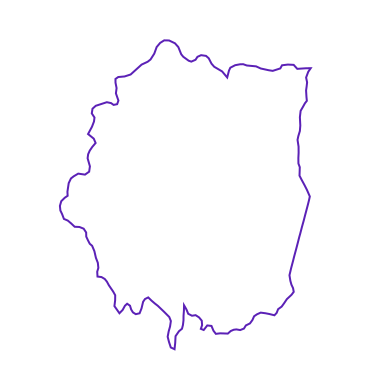 Mucurici, Espírito Santo, Brazil, rotated 353°
{"feature_id": "56859067B59979261152966", "entity_name": "Mucurici", "entity_type": "district", "adm_level": 2, "iso_a3": "BRA", "parent_name": "Brazil", "parent_adm1": "Espírito Santo", "projection": "equal_earth", "projection_center": [-40.52, -18.016], "detail": "fine", "context": "isolated", "style": "outline", "palette": "violet", "viewbox_px": 384, "rotation_deg": 353, "n_neighbors": 0, "source": "geoboundaries", "source_scale": "gbopen_adm2", "svg_char_len": 2684}
<svg xmlns="http://www.w3.org/2000/svg" viewBox="0 0 384 384"><g transform="rotate(353 192 192)"><path d="M59.2,189.7L59.1,194.3L60.4,198.2L61.6,203.1L65.2,205.2L68.5,208.8L71.3,212.2L76.0,213.0L80.0,215.2L82.0,219.3L81.6,223.4L82.9,227.4L84.2,230.9L86.3,233.2L87.9,238.8L88.6,245.6L89.9,250.8L89.8,255.9L88.2,259.6L87.9,264.4L91.8,265.4L94.8,267.7L96.6,270.6L98.1,274.4L101.6,281.2L103.2,285.1L102.5,290.2L101.1,295.8L105.2,303.5L108.8,300.6L111.6,296.7L114.0,295.0L116.6,297.3L117.3,301.2L118.7,304.3L121.3,306.4L125.2,306.0L127.7,301.4L130.1,295.0L132.3,292.5L135.7,291.3L138.5,294.8L141.5,298.1L144.2,300.8L149.6,307.4L154.2,313.3L155.3,317.5L153.8,322.9L151.9,327.4L150.2,332.7L150.9,338.1L152.0,343.7L155.5,345.9L156.9,339.9L158.1,333.1L162.1,328.6L165.4,326.5L166.8,322.9L167.9,318.4L168.5,313.9L169.5,308.9L170.3,303.5L172.2,308.0L173.4,312.4L176.9,314.8L180.6,314.7L183.7,317.3L186.0,320.9L185.8,325.4L184.1,328.9L186.8,330.4L190.9,326.3L195.0,327.3L196.4,332.3L198.4,335.7L202.7,335.7L206.6,336.3L210.3,336.9L213.5,334.7L216.6,333.8L219.3,333.8L223.0,334.9L226.9,333.9L229.2,331.0L233.5,329.5L236.4,326.4L238.5,322.9L241.6,321.3L245.5,320.1L250.1,321.3L253.8,322.5L258.8,324.4L261.3,322.3L263.2,318.8L267.0,316.7L269.8,313.7L273.1,309.9L278.2,306.2L280.8,303.5L280.6,299.8L279.4,296.1L278.8,292.1L278.6,286.5L281.1,279.7L284.1,272.2L285.4,268.8L288.6,260.9L290.9,255.1L293.0,249.7L294.3,246.6L296.9,240.0L299.4,234.0L301.2,229.4L305.6,218.4L307.2,214.2L308.4,210.8L306.3,203.8L304.4,198.6L302.2,193.0L300.7,188.9L301.4,184.4L302.0,180.5L301.1,176.7L301.7,171.3L302.6,166.1L303.3,159.9L303.1,153.1L304.3,149.6L306.5,144.6L307.6,139.2L308.2,130.9L309.7,124.7L312.5,121.0L314.9,117.7L317.1,115.5L317.2,111.5L317.6,105.1L318.7,101.0L319.6,97.2L319.2,92.3L322.0,86.9L324.9,83.6L320.5,83.1L311.5,82.6L308.4,78.2L302.7,77.2L296.8,77.2L294.7,80.1L286.9,81.6L283.0,80.5L275.3,77.8L270.9,75.1L261.8,73.1L258.4,71.4L255.2,71.1L250.3,71.4L245.2,73.3L243.5,76.0L240.9,82.6L236.6,76.0L229.3,70.4L227.0,67.0L224.9,61.3L222.5,58.6L217.7,57.3L213.9,58.5L211.6,61.2L207.2,62.5L204.7,61.3L199.8,56.7L198.1,54.0L196.1,46.5L193.2,42.3L187.7,38.8L182.9,38.1L178.6,40.1L174.6,43.8L171.4,50.1L167.0,55.4L163.9,57.3L157.5,59.4L145.4,67.9L139.2,69.1L132.8,68.9L129.8,70.5L129.4,74.2L129.8,79.7L128.5,84.8L130.1,92.3L128.4,95.7L124.8,96.0L122.5,93.9L118.4,92.5L107.0,94.7L103.4,97.2L102.1,101.8L104.3,106.2L103.3,110.1L100.7,115.0L95.9,121.8L101.0,127.1L102.3,131.6L98.6,135.0L95.6,138.4L93.5,141.9L92.5,145.8L93.8,154.1L92.4,159.3L87.9,161.7L81.3,159.9L76.5,162.0L73.5,163.8L70.7,168.2L68.4,176.5L68.1,180.6L65.0,182.2L61.1,185.2L59.2,189.7Z" fill="none" stroke="#5b21b6" stroke-width="2"/></g></svg>